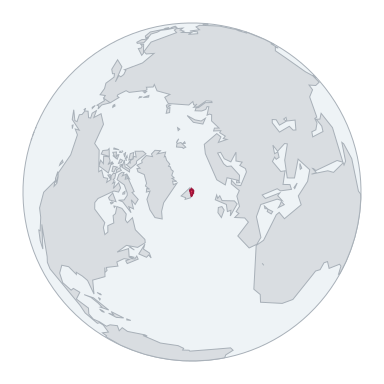 Austurland on an orthographic globe, rotated 325°
{"feature_id": "ISL-695", "entity_name": "Austurland", "entity_type": "Region", "adm_level": 1, "iso_a3": "ISL", "parent_name": "Iceland", "parent_adm1": "", "projection": "orthographic", "projection_center": [-15.126, 64.88], "detail": "fine", "context": "on_globe", "style": "filled", "palette": "rose", "viewbox_px": 384, "rotation_deg": 325, "n_neighbors": 0, "source": "natural_earth", "source_scale": "10m", "svg_char_len": 12038}
<svg xmlns="http://www.w3.org/2000/svg" viewBox="0 0 384 384"><g transform="rotate(325 192 192)"><circle cx="192" cy="192" r="169" fill="#eef3f6" stroke="#a8b0b8"/><path d="M45.7,276.5L38.4,261.2L39.5,260.8L37.9,256.0L43.2,258.8L43.0,250.2L41.4,246.1L39.2,245.3L35.1,229.8L35.3,220.6L31.6,173.6L33.2,166.6L36.2,162.0L50.4,132.4L37.1,153.2L39.7,144.9L44.7,135.3L45.4,136.6L53.6,125.9L58.0,117.6L70.4,107.1L85.9,104.4L82.3,108.2L86.4,107.3L91.2,102.6L93.3,99.7L113.9,92.0L130.9,79.5L132.5,73.4L135.1,76.7L135.5,63.9L142.3,56.8L137.0,66.3L138.2,68.4L144.0,64.1L146.5,65.4L150.7,64.2L153.2,66.2L149.9,71.8L151.4,73.3L155.4,70.2L160.4,70.5L154.3,74.7L162.4,75.7L158.3,85.8L140.1,96.4L140.0,104.4L127.2,121.9L130.6,122.2L127.9,129.4L130.8,132.5L127.6,135.1L132.7,135.3L135.1,132.4L138.2,131.6L140.1,133.2L136.3,136.7L134.8,136.4L134.7,138.3L132.0,139.4L134.5,139.8L129.6,144.0L137.3,142.3L135.8,147.7L131.8,149.9L128.6,146.4L111.3,143.4L106.3,144.9L102.5,150.2L103.0,167.1L99.0,170.3L96.2,176.9L100.1,176.6L103.7,171.3L110.2,172.5L113.8,166.1L116.9,165.8L122.1,160.8L125.2,165.2L125.5,172.3L121.4,176.7L121.4,180.1L128.5,178.9L123.9,190.5L126.2,203.9L124.6,206.7L115.7,206.2L107.7,198.1L96.2,198.3L107.6,202.0L103.3,209.1L104.3,212.0L106.8,214.0L110.0,212.8L109.4,216.1L97.9,213.5L98.2,210.4L101.9,211.2L98.1,207.6L90.3,206.2L88.8,210.2L78.6,204.7L77.4,207.5L74.5,208.0L77.2,203.8L72.2,211.4L60.1,207.2L53.2,219.4L55.7,204.6L54.0,198.1L51.2,191.4L50.0,193.2L48.1,182.4L43.3,177.3L37.1,182.5L34.1,192.1L36.7,203.1L39.5,202.9L42.6,209.8L35.9,213.4L40.6,227.7L37.5,232.8L38.3,239.6L41.7,245.1L44.9,252.9L48.7,253.8L54.2,258.7L52.8,263.9L57.0,263.1L59.2,269.2L71.1,281.6L69.8,281.9L79.5,297.6L92.5,309.9L95.5,315.3L93.7,316.1L98.8,319.9L98.9,321.1L121.1,334.2L134.2,341.8L134.9,345.2L126.2,344.8L123.7,346.5L120.5,345.1L109.0,339.2L98.1,332.4L87.6,324.9L77.8,316.5L68.7,307.5L60.2,297.8L52.6,287.4L45.7,276.5ZM91.4,56.3L91.7,56.0L89.9,57.4L91.4,56.3ZM93.8,54.5L93.1,55.0L93.9,54.4L93.8,54.5ZM95.3,53.5L94.2,54.2L95.4,53.4L95.3,53.5ZM97.3,52.1L96.2,52.8L96.3,52.8L97.3,52.1ZM50.6,222.2L56.1,240.9L50.9,233.8L52.2,234.4L51.3,228.9L48.8,220.3L44.8,214.2L50.6,222.2ZM100.6,49.9L101.5,49.4L100.6,50.0L100.6,49.9ZM57.7,222.7L56.6,219.8L58.0,222.2L57.7,222.7ZM93.8,98.3L91.0,102.4L85.8,106.3L87.8,102.7L93.8,98.3ZM104.1,91.6L103.5,93.7L98.9,94.1L100.7,92.8L104.1,91.6ZM133.0,68.9L130.3,71.5L132.1,68.6L133.0,68.9ZM150.8,63.7L150.8,62.6L153.0,62.4L150.8,63.7ZM120.0,158.7L121.0,159.7L119.5,160.1L120.0,158.7ZM121.3,155.6L118.9,155.4L119.1,153.9L120.6,154.1L121.3,155.6ZM158.8,65.4L162.4,65.6L158.2,66.4L158.8,65.4ZM124.2,156.3L119.9,151.3L120.4,148.7L126.5,147.3L124.2,156.3ZM164.0,66.4L172.6,67.0L173.4,64.5L176.2,72.0L167.9,68.9L162.7,70.1L165.0,68.1L164.0,66.4ZM135.0,130.8L132.6,134.0L132.8,129.9L135.0,130.8ZM134.4,128.4L130.8,117.3L135.4,113.5L135.7,117.9L140.2,112.0L144.2,115.6L142.7,119.7L138.9,121.3L143.3,121.5L134.4,128.4ZM176.4,76.2L177.9,77.3L175.6,77.2L176.4,76.2ZM139.4,131.0L138.3,129.0L142.2,125.6L145.2,128.9L143.0,128.9L139.4,131.0ZM139.4,108.8L142.8,106.9L147.1,109.3L149.0,108.9L144.7,115.4L139.4,108.8ZM143.1,130.5L146.6,130.7L146.5,133.8L140.8,132.7L143.1,130.5ZM141.9,123.3L143.9,121.9L143.8,123.7L141.9,123.3ZM148.3,145.3L146.9,142.8L148.8,140.8L148.3,145.3ZM147.9,130.6L147.9,129.5L148.5,128.5L150.8,129.3L147.9,130.6ZM148.0,116.7L149.0,118.1L149.9,114.1L153.1,115.9L149.7,119.9L152.5,118.9L153.5,119.5L149.6,122.2L148.0,116.7ZM154.9,127.0L151.6,133.0L153.9,137.8L152.3,139.7L148.9,131.6L154.9,127.0ZM152.1,123.9L153.4,126.2L150.7,127.3L148.2,126.4L152.1,123.9ZM156.5,115.6L152.5,111.9L153.4,111.2L156.5,115.6ZM156.1,128.2L156.8,126.8L156.5,128.4L156.1,128.2ZM157.0,119.2L155.4,118.0L156.5,117.2L157.0,119.2ZM159.6,125.0L158.6,126.8L156.8,126.3L159.6,125.0ZM158.8,122.1L160.6,121.3L156.8,124.9L158.0,121.7L158.8,122.1ZM158.2,118.7L158.3,117.8L158.7,119.3L158.2,118.7ZM166.9,126.2L162.5,130.9L158.6,129.5L163.4,125.2L166.9,126.2ZM339.0,108.7L340.7,112.0L342.6,115.4L343.9,118.0L343.4,117.0L341.6,115.6L345.2,123.6L343.3,121.2L341.3,124.1L345.7,135.9L353.8,158.4L357.6,166.0L359.1,175.0L354.4,175.7L349.2,171.5L349.4,177.4L342.9,181.6L337.2,202.2L334.7,202.2L334.0,207.2L329.1,212.1L324.7,211.4L322.5,216.1L334.0,217.6L336.1,212.4L335.5,203.6L338.5,205.7L342.9,201.6L344.0,219.8L332.7,254.1L328.9,249.4L305.8,245.5L304.9,242.4L304.7,242.2L304.3,241.8L305.0,247.5L300.1,245.9L315.4,252.5L319.2,257.1L332.6,254.8L332.0,257.1L335.5,254.8L343.2,237.3L343.9,239.5L342.0,256.3L328.8,286.8L329.0,290.3L326.2,294.6L318.0,304.6L309.0,313.9L299.4,322.5L289.1,330.3L278.3,337.3L266.9,343.4L264.9,343.4L271.5,338.1L271.4,335.8L260.5,333.2L263.1,326.7L259.5,325.7L252.4,329.1L247.9,327.6L243.4,329.0L213.0,337.9L202.0,335.0L184.9,321.6L189.1,315.1L186.9,307.1L213.9,272.6L223.0,272.6L248.0,259.0L251.7,258.7L252.4,266.9L274.1,265.1L276.8,256.2L292.8,249.6L301.2,241.3L297.8,225.9L284.0,239.3L278.1,235.1L286.2,219.1L297.7,207.3L295.7,205.4L285.5,207.7L285.1,200.0L281.6,208.0L285.3,208.4L283.2,213.6L279.7,213.5L279.7,210.8L275.4,213.1L276.5,226.1L280.4,228.0L270.9,238.0L276.5,242.1L275.0,246.9L265.1,241.8L263.7,238.2L247.8,234.7L248.4,239.4L263.5,243.1L260.1,244.2L261.0,251.0L257.7,246.7L241.2,241.7L230.6,249.2L222.4,268.7L215.2,272.0L206.7,270.6L204.3,254.3L220.9,249.0L220.3,243.5L212.4,237.4L218.1,236.4L216.9,233.4L222.7,231.0L226.4,221.1L231.6,217.9L228.8,207.9L231.1,204.9L232.1,211.6L235.6,214.7L248.1,206.8L249.2,203.4L246.4,197.6L250.2,196.3L245.8,191.8L250.9,184.6L241.1,189.6L237.5,183.3L238.2,175.9L235.3,174.8L234.1,187.0L235.2,191.1L239.0,193.2L240.5,205.6L237.2,209.7L228.9,200.4L223.3,205.3L219.3,196.2L224.9,168.3L229.4,160.0L245.8,158.4L247.3,163.5L242.0,166.5L250.8,169.0L248.2,166.2L251.3,165.3L248.7,159.3L250.8,158.3L244.7,154.4L247.0,152.5L250.8,155.1L248.8,145.0L252.4,140.0L251.0,138.2L248.4,137.7L254.7,131.8L253.3,130.7L250.7,132.3L246.4,131.2L241.1,127.2L243.6,125.4L245.8,126.6L254.2,126.5L259.7,130.2L260.2,129.0L255.9,125.4L245.7,125.5L241.9,123.6L246.6,122.8L244.6,123.0L243.4,121.5L244.6,118.4L239.3,118.9L223.3,105.9L224.0,98.8L229.9,99.4L221.4,89.1L222.8,82.3L220.4,83.7L214.7,80.0L214.2,82.0L212.6,82.4L197.7,74.4L196.1,71.2L187.0,69.8L185.7,70.5L186.4,72.7L176.2,72.0L173.4,64.5L176.3,63.2L172.5,59.6L179.7,57.1L183.9,53.5L194.0,53.2L196.4,50.6L194.7,49.5L196.7,45.4L206.9,41.0L206.4,49.2L192.5,57.8L198.9,54.6L199.8,56.8L203.5,56.6L207.7,54.3L206.8,53.1L225.5,57.9L240.4,56.7L233.7,52.7L233.2,49.4L244.4,45.7L270.8,52.6L270.4,49.2L272.8,49.2L278.6,52.5L275.2,52.5L277.7,55.7L275.0,55.4L283.0,61.1L279.4,60.8L287.5,65.6L288.4,64.0L282.6,58.9L291.2,63.4L290.0,59.1L293.9,59.8L309.5,71.7L319.4,82.3L320.9,83.6L322.7,86.7L328.3,93.6L327.8,91.5L339.0,108.7ZM208.6,290.6L208.8,293.3L208.6,290.6ZM312.7,200.8L317.7,192.2L310.5,188.3L311.8,184.8L308.9,184.8L309.9,188.1L302.0,187.4L302.4,181.1L299.3,178.6L297.4,181.4L298.0,193.1L309.4,194.0L310.3,199.3L312.7,200.8ZM71.5,282.0L72.7,284.4L70.7,282.5L71.5,282.0ZM49.1,235.0L50.7,238.0L51.3,240.4L49.8,238.4L49.1,235.0ZM65.8,258.6L68.2,262.1L65.2,259.4L65.8,258.6ZM57.2,243.6L63.8,256.0L58.1,251.3L54.1,243.5L57.4,247.5L57.2,243.6ZM54.8,224.7L55.6,227.0L54.6,227.5L54.8,224.7ZM58.8,224.4L58.3,223.8L58.3,222.0L58.8,224.4ZM104.0,209.3L104.9,209.6L107.0,212.1L105.1,211.9L104.0,209.3ZM122.1,217.4L120.7,222.6L120.3,218.7L117.3,219.4L112.9,212.2L123.5,207.7L119.5,210.9L122.1,217.4ZM109.9,201.6L111.5,206.5L109.3,201.3L109.9,201.6ZM204.7,219.8L208.1,221.1L208.0,225.2L201.4,229.8L201.4,223.8L204.7,219.8ZM213.0,221.9L206.6,211.7L210.5,208.6L209.4,212.0L212.6,211.0L211.7,216.3L221.6,223.6L222.1,227.7L209.6,233.6L213.4,229.3L209.8,228.3L213.0,221.9ZM183.5,193.0L180.8,189.0L192.7,187.3L193.9,191.2L187.4,195.9L182.1,194.1L183.5,193.0ZM135.8,155.0L134.0,154.0L135.1,153.0L137.5,153.0L135.8,155.0ZM147.5,144.3L144.8,158.5L142.6,158.0L143.7,167.2L138.3,169.6L137.8,163.5L134.4,172.3L131.8,167.8L130.2,174.0L129.6,160.2L127.1,156.6L131.9,159.6L137.0,157.6L138.4,155.6L140.6,147.4L137.7,138.9L142.2,135.7L146.1,135.7L147.5,137.2L144.2,138.8L148.4,139.7L144.6,143.2L147.5,144.3ZM189.9,140.1L185.4,140.8L193.3,144.2L189.5,147.3L190.7,147.5L189.4,151.4L189.8,156.5L187.5,157.4L188.7,159.0L187.8,161.7L188.6,164.2L184.9,166.8L185.5,170.2L183.4,169.4L185.5,174.6L182.3,171.9L180.9,175.3L184.8,176.1L162.7,184.5L156.0,190.4L152.1,197.0L147.0,191.7L147.3,182.4L150.9,172.1L158.1,167.2L154.5,165.9L156.9,163.2L158.8,165.4L157.3,160.4L159.8,158.8L162.9,150.3L159.3,144.4L160.4,141.2L163.0,142.8L162.3,138.5L168.0,139.4L168.9,137.2L175.4,135.9L180.0,140.4L180.6,137.6L185.6,136.6L189.9,140.1ZM168.8,126.0L175.2,130.4L176.2,134.3L164.4,134.9L162.8,136.8L155.3,137.5L153.9,131.9L156.2,132.2L158.1,131.2L157.8,133.3L159.5,130.8L162.7,131.2L164.8,129.4L166.3,131.3L168.8,126.0ZM253.8,254.3L256.2,253.3L259.7,251.0L260.3,255.3L253.8,254.3ZM242.4,251.1L244.4,249.6L246.9,254.3L244.3,255.4L242.4,251.1ZM243.3,244.9L244.3,249.2L242.2,247.5L243.3,244.9ZM233.7,210.0L235.5,208.1L236.5,209.2L236.5,211.8L233.7,210.0ZM212.6,151.7L209.8,151.3L209.8,150.1L205.1,146.2L207.5,143.7L211.3,145.1L212.6,151.7ZM296.7,230.5L295.6,235.4L293.7,235.5L294.5,233.8L296.7,230.5ZM278.0,246.9L283.3,245.0L278.1,248.1L278.0,246.9ZM214.4,148.3L212.2,147.0L214.8,146.6L214.4,148.3ZM209.0,141.7L211.7,140.8L207.3,143.0L209.0,141.7ZM357.8,165.9L358.7,166.0L359.3,170.0L357.8,165.9ZM322.4,84.9L325.2,88.6L324.5,88.0L320.5,83.1L322.4,84.9ZM296.9,60.8L299.6,62.2L301.1,63.3L301.1,63.8L296.9,60.8ZM231.9,126.6L235.8,134.6L240.2,139.1L245.3,139.3L239.9,142.6L233.1,135.7L231.9,126.6ZM224.2,108.6L219.8,108.6L220.5,106.5L221.6,106.2L224.2,108.6ZM222.4,110.1L219.2,114.1L216.0,112.7L219.1,109.8L222.4,110.1ZM217.1,131.0L218.0,133.5L215.9,133.8L217.1,131.0ZM267.0,43.9L266.1,44.3L262.4,42.4L264.1,42.6L267.0,43.9ZM249.6,37.0L261.1,42.0L270.2,46.6L268.8,45.2L273.4,46.6L273.9,48.5L265.5,45.0L259.1,41.6L255.4,41.2L249.0,39.1L246.2,40.0L242.6,39.3L243.2,37.5L249.6,37.0ZM245.3,40.6L238.1,42.1L232.4,38.8L232.7,37.7L238.4,38.4L241.1,40.1L245.3,40.6ZM234.7,41.6L237.1,43.3L231.8,50.5L229.2,51.2L230.3,43.7L232.7,44.9L235.0,43.9L234.7,41.6ZM178.9,76.0L178.0,77.2L177.5,75.8L178.9,76.0ZM212.4,83.6L210.2,83.9L209.7,82.2L212.4,83.6ZM203.8,83.9L205.9,85.6L202.6,84.5L203.8,83.9ZM210.9,89.4L206.3,86.6L212.1,88.2L210.9,89.4Z" fill="#d9dde1" stroke="#a8b0b8" stroke-width="1"/><path d="M192.6,188.7L192.6,188.8L192.6,189.0L192.4,189.2L192.4,189.3L192.3,189.5L192.5,189.4L192.8,189.4L193.0,189.3L192.9,189.5L193.0,189.6L192.9,189.7L192.9,189.8L192.7,190.0L192.8,190.0L192.8,189.9L193.0,189.7L193.1,189.8L193.1,189.7L193.3,189.8L193.5,189.8L193.6,190.0L193.8,190.0L193.8,190.3L193.8,190.5L193.7,190.5L193.5,190.8L193.4,190.8L193.6,190.8L193.8,190.7L193.9,190.8L193.8,191.0L193.7,191.0L193.4,191.0L193.5,191.0L193.8,191.0L193.7,191.2L193.8,191.2L193.8,191.3L193.9,191.2L194.0,191.1L194.0,191.3L194.0,191.5L193.9,191.5L193.7,191.7L193.4,191.4L193.4,191.5L193.1,191.5L193.5,191.6L193.8,191.8L193.7,191.9L193.4,191.9L193.6,191.9L193.7,192.0L193.4,192.2L193.4,192.3L193.4,192.5L193.1,192.5L193.0,192.4L192.9,192.3L192.9,192.2L192.8,192.3L192.9,192.5L193.0,192.5L192.9,192.6L192.9,192.8L192.7,192.8L192.8,193.0L192.9,192.9L193.0,192.8L192.9,193.0L192.8,193.3L192.7,193.4L192.5,193.5L192.5,193.4L192.4,193.5L192.2,193.7L192.3,193.7L192.3,193.8L192.2,193.8L192.1,193.7L192.0,193.8L191.9,193.7L191.9,193.8L191.9,193.7L191.7,193.7L191.6,193.4L191.6,193.5L191.7,193.8L191.4,193.9L191.2,194.0L191.3,194.0L191.2,194.1L190.9,194.2L190.8,194.3L190.7,194.4L190.6,194.5L190.4,194.6L190.5,194.6L190.4,194.7L190.3,194.8L190.2,194.9L190.3,194.8L190.1,195.0L189.9,195.0L189.7,195.0L189.6,194.9L189.6,195.0L189.4,195.2L189.1,195.2L189.1,194.7L189.1,194.4L189.8,193.2L190.0,192.7L190.1,192.4L190.1,192.2L190.1,191.9L190.4,191.8L190.4,191.7L190.5,191.6L190.6,191.4L190.7,191.1L190.7,190.9L190.8,190.8L190.9,190.7L190.7,190.4L190.8,190.3L190.8,190.2L190.9,189.9L191.3,190.0L191.3,189.9L191.3,189.7L191.3,189.4L191.6,189.4L191.7,189.2L191.8,189.2L192.0,189.0L192.0,188.9L192.5,188.9L192.6,188.7Z" fill="#f43f5e" stroke="#9f1239" stroke-width="1.5"/></g></svg>